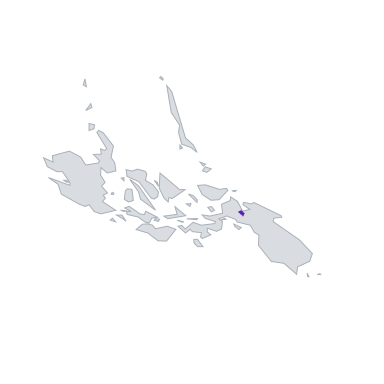 location of NCR, Second District, Quezon City, Philippines, rotated 125°
{"feature_id": "2640588B12869096786612", "entity_name": "NCR, Second District", "entity_type": "district", "adm_level": 2, "iso_a3": "PHL", "parent_name": "Philippines", "parent_adm1": "Quezon City", "projection": "equal_earth", "projection_center": [121.081, 14.655], "detail": "fine", "context": "in_parent", "style": "filled", "palette": "violet", "viewbox_px": 384, "rotation_deg": 125, "n_neighbors": 0, "source": "geoboundaries", "source_scale": "gbopen_adm2", "svg_char_len": 4789}
<svg xmlns="http://www.w3.org/2000/svg" viewBox="0 0 384 384"><g transform="rotate(125 192 192)"><path d="M181.2,55.9L192.8,62.6L199.4,59.1L197.7,75.8L203.4,87.2L197.5,107.0L189.0,112.4L189.2,117.9L185.8,125.2L190.6,137.7L189.5,141.0L191.7,149.8L198.8,154.8L198.6,150.2L205.3,146.6L210.1,149.3L212.8,158.6L215.9,156.8L216.3,152.0L224.1,156.8L224.0,159.2L219.9,160.9L224.2,168.9L223.7,172.2L229.3,173.8L228.1,183.8L225.2,181.2L226.3,176.4L216.2,173.7L213.8,165.2L204.8,155.3L202.8,155.7L206.0,166.2L204.9,170.5L201.4,163.5L191.9,154.7L185.1,160.8L177.1,155.8L173.9,157.5L173.6,149.3L178.7,139.6L173.1,134.6L173.1,143.1L170.8,143.7L167.8,136.5L165.1,135.3L160.3,105.5L161.2,104.0L166.4,109.9L169.7,108.6L169.6,76.4L173.4,58.1L181.2,55.9ZM250.7,243.9L262.3,254.2L264.1,261.1L261.5,268.8L265.1,271.2L266.6,277.2L268.7,297.7L262.5,306.2L262.5,317.9L256.6,295.9L254.4,297.4L249.6,309.7L252.9,314.5L254.2,325.0L249.1,333.2L247.2,323.0L242.4,327.2L228.8,315.8L227.3,303.2L230.8,294.5L222.1,285.5L219.4,285.7L217.8,294.3L213.0,288.0L209.0,291.7L208.2,287.5L205.4,286.6L197.8,304.1L195.0,303.7L194.4,298.7L199.4,282.7L210.1,278.2L212.3,272.2L218.4,266.4L225.0,272.3L224.2,280.5L230.6,276.6L233.9,268.7L239.1,269.5L241.2,260.7L245.6,262.9L246.6,259.5L251.2,259.8L250.7,243.9ZM216.5,254.2L211.4,258.8L209.3,253.2L204.5,249.7L201.9,242.4L203.0,239.5L209.1,236.8L208.5,227.9L211.1,219.7L215.4,217.4L219.5,218.9L220.4,221.9L214.0,241.6L216.5,254.2ZM246.8,184.7L251.5,191.8L250.9,204.6L254.8,216.2L246.8,214.2L243.6,210.0L241.8,205.3L243.0,200.9L234.2,192.6L231.8,183.8L246.8,184.7ZM194.1,199.0L208.8,204.5L209.7,207.8L213.8,205.8L213.2,211.1L207.7,221.0L194.8,229.1L197.1,203.5L194.1,199.0ZM138.8,254.6L119.3,273.7L121.4,266.2L151.4,228.4L152.7,217.8L156.6,210.6L156.2,218.3L158.7,227.9L150.8,237.3L144.3,240.5L138.8,254.6ZM170.1,163.6L182.8,165.4L187.9,171.8L188.2,182.3L183.4,191.2L178.4,185.0L174.1,171.0L169.2,165.8L170.1,163.6ZM236.3,209.9L242.0,209.3L243.5,212.7L243.4,221.8L247.5,232.1L245.5,234.6L243.0,230.8L243.6,237.9L239.7,235.1L239.8,221.9L237.8,218.1L234.3,218.9L232.5,205.8L236.3,209.9ZM217.3,250.4L217.6,239.4L227.8,211.4L227.4,230.1L222.5,235.9L217.3,250.4ZM236.8,243.2L229.3,247.2L226.3,246.7L224.4,242.6L232.6,235.2L236.5,238.1L236.8,243.2ZM215.0,183.5L227.8,196.6L227.9,201.2L218.8,191.3L213.8,197.5L215.0,183.5ZM232.6,161.1L229.8,163.3L227.6,160.5L230.5,151.7L233.6,156.1L232.6,161.1ZM200.7,311.6L194.9,315.6L192.9,310.3L196.5,308.6L200.7,311.6ZM162.0,189.5L167.4,191.2L168.7,195.6L163.9,195.7L162.0,189.5ZM194.1,163.1L197.2,164.7L195.5,170.2L192.7,167.6L194.1,163.1ZM180.2,322.5L186.2,325.8L177.6,325.6L180.2,322.5ZM254.2,240.5L251.1,236.1L253.8,229.2L253.5,233.4L254.2,240.5ZM197.7,182.0L195.7,193.7L194.2,188.8L195.5,183.1L197.7,182.0ZM166.3,338.9L166.7,342.4L160.8,344.6L166.3,338.9ZM195.9,132.0L195.7,137.2L194.3,139.4L192.8,131.3L195.9,132.0ZM206.6,222.8L204.1,229.6L204.0,225.7L206.6,222.8ZM164.3,197.7L162.9,202.5L161.5,196.9L164.3,197.7ZM236.9,206.7L234.9,206.9L232.9,203.0L235.3,202.6L236.9,206.7ZM205.0,185.4L205.0,189.8L202.1,186.2L205.0,185.4ZM261.9,242.9L259.0,242.1L260.3,237.4L261.9,242.9ZM211.9,172.2L217.1,181.0L210.6,172.3L211.9,172.2ZM163.8,226.5L160.4,228.9L161.4,225.0L163.8,226.5ZM221.9,254.1L221.2,257.9L219.3,256.0L221.9,254.1ZM222.5,182.9L223.6,188.1L221.1,181.5L222.5,182.9ZM117.1,284.0L115.3,283.8L115.7,280.5L117.1,280.1L117.1,284.0ZM240.2,257.0L238.0,257.2L237.8,255.2L239.1,254.9L240.2,257.0ZM256.0,303.8L254.4,301.5L254.8,299.0L255.9,300.2L256.0,303.8ZM167.2,157.1L168.1,160.1L165.4,156.7L167.2,157.1ZM246.9,236.2L247.8,240.1L245.3,235.3L246.9,236.2ZM195.0,48.7L192.5,51.1L194.3,47.6L195.0,48.7ZM198.2,152.3L194.7,150.0L194.8,148.5L198.2,152.3ZM185.7,39.4L187.9,42.1L185.5,40.3L185.7,39.4Z" fill="#d9dde1" stroke="#a8b0b8" stroke-width="1"/><path d="M179.9,141.0L180.0,141.1L180.2,141.3L180.3,141.3L180.5,141.3L180.7,141.5L180.8,141.6L181.0,141.7L181.1,141.8L181.2,142.0L181.3,142.0L181.3,141.9L181.3,142.0L181.3,141.9L181.3,141.7L181.2,141.6L181.1,141.4L181.1,141.2L181.3,141.1L181.3,140.9L181.2,140.8L181.3,140.7L181.3,140.8L181.4,140.7L181.2,140.3L181.2,140.2L181.3,140.1L181.3,139.9L181.5,139.8L181.7,139.7L181.7,139.4L181.7,139.2L181.4,139.0L181.3,138.9L181.4,138.7L181.5,138.5L181.5,138.4L181.4,138.3L181.5,138.2L181.5,138.3L181.6,138.1L181.7,137.9L181.5,137.7L181.5,137.4L181.5,137.2L181.7,136.9L181.4,136.9L181.4,137.0L181.2,137.1L181.0,137.3L180.9,137.4L180.9,137.5L180.7,137.6L180.4,137.6L180.2,137.6L180.1,137.8L180.0,138.0L179.9,137.9L179.9,138.0L179.8,138.3L179.9,138.5L180.0,138.6L180.0,138.8L179.9,138.8L179.8,139.0L179.7,139.0L179.6,139.3L179.6,139.5L179.5,139.8L179.5,140.0L179.9,140.5L180.0,140.6L180.0,140.8L179.9,140.9L180.0,140.9L179.9,140.9L179.9,141.0L179.9,141.0Z" fill="#8b5cf6" stroke="#5b21b6" stroke-width="1.5"/></g></svg>